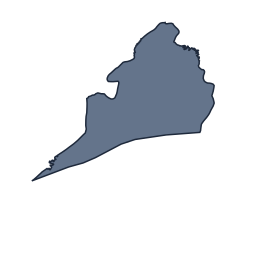 outline of Phonhong, Vientiane, Laos, rotated 225°
{"feature_id": "54806243B58411592743301", "entity_name": "Phonhong", "entity_type": "district", "adm_level": 2, "iso_a3": "LAO", "parent_name": "Laos", "parent_adm1": "Vientiane", "projection": "equal_earth", "projection_center": [102.429, 18.485], "detail": "fine", "context": "isolated", "style": "filled", "palette": "slate", "viewbox_px": 256, "rotation_deg": 225, "n_neighbors": 0, "source": "geoboundaries", "source_scale": "gbopen_adm2", "svg_char_len": 5671}
<svg xmlns="http://www.w3.org/2000/svg" viewBox="0 0 256 256"><g transform="rotate(225 128 128)"><path d="M74.1,175.7L74.8,177.4L76.4,179.4L78.3,181.9L78.9,182.9L79.5,186.5L79.9,191.2L80.5,194.8L81.1,196.8L82.0,199.2L83.3,203.7L84.6,206.4L85.3,207.0L88.4,208.9L91.5,210.1L93.8,214.3L96.0,217.5L97.1,218.9L98.6,219.2L100.2,218.6L101.9,217.5L103.6,216.0L105.8,215.2L107.6,215.2L109.9,216.3L111.7,218.4L112.7,220.6L113.6,221.9L114.8,222.5L116.1,222.4L117.2,221.4L118.6,221.2L120.8,221.1L121.4,221.3L122.5,222.1L122.6,222.7L122.7,223.0L123.1,223.7L123.5,224.2L124.5,225.1L125.0,226.0L125.5,226.0L126.1,226.1L126.4,226.2L126.6,226.4L126.8,226.9L126.9,227.3L127.0,227.6L127.3,227.8L127.4,228.1L127.5,228.3L127.8,228.4L127.8,228.2L128.0,228.0L128.0,227.7L128.2,227.3L128.6,227.6L128.9,228.0L129.2,228.0L129.8,227.8L130.5,227.7L130.7,227.8L130.7,228.0L130.5,228.4L130.3,228.9L130.1,229.0L130.0,229.4L130.0,229.7L130.1,230.0L130.5,229.9L130.8,229.9L131.0,230.2L131.2,230.3L131.6,230.6L131.7,230.9L131.9,231.0L132.1,231.0L132.2,230.7L132.2,230.3L132.3,229.6L132.6,229.0L133.1,229.5L133.2,230.1L133.2,231.0L132.9,231.9L133.0,232.1L133.1,232.6L133.6,232.5L133.8,232.2L133.8,231.3L133.9,231.0L133.9,230.3L134.3,230.2L134.8,231.1L135.2,230.9L135.4,230.7L135.9,230.0L136.1,229.9L136.3,230.0L136.3,230.4L136.1,231.3L136.4,231.3L136.9,231.2L137.2,231.2L137.6,231.1L137.8,230.9L137.9,230.5L137.9,230.2L137.7,230.1L137.6,229.8L137.7,229.7L138.0,229.8L138.1,229.7L138.5,229.6L139.1,229.8L139.4,229.9L139.6,229.7L139.6,229.0L139.8,228.7L139.7,228.4L139.7,228.2L139.9,228.1L139.9,227.9L139.6,227.1L139.6,226.5L139.8,226.1L140.0,226.0L140.2,226.3L140.3,227.0L140.8,227.8L141.0,228.0L141.3,228.1L141.6,227.9L141.9,227.7L142.4,227.0L142.6,226.9L142.8,227.0L142.8,227.3L142.7,227.6L142.8,228.0L143.0,228.2L143.3,228.2L143.6,228.1L143.8,227.8L143.6,226.9L143.3,226.2L143.1,226.0L142.9,225.5L142.8,225.1L143.1,224.6L143.3,224.0L143.6,223.4L143.8,223.3L144.0,223.3L144.2,223.9L144.0,224.9L144.2,225.2L144.6,225.2L145.3,225.0L145.4,224.2L145.7,223.9L145.8,223.8L146.1,223.9L146.2,224.4L146.3,225.0L146.2,225.4L145.7,225.6L145.4,225.6L145.0,225.7L145.0,226.1L145.4,226.5L145.8,226.5L146.2,226.4L146.7,225.7L147.1,225.3L147.8,224.1L148.3,223.6L148.9,223.3L149.7,222.6L150.5,222.5L151.8,221.7L153.2,221.5L155.3,221.7L155.9,221.2L156.7,221.5L157.2,222.9L158.2,225.1L158.8,226.9L159.0,228.4L159.1,230.7L159.8,232.0L160.7,232.6L162.6,233.0L163.7,233.0L166.3,232.9L168.3,233.0L170.0,233.4L171.4,232.7L173.0,230.9L174.1,229.3L174.9,228.6L175.5,228.4L176.4,228.9L176.9,228.0L177.8,227.2L178.9,225.6L179.3,224.6L179.4,222.9L179.2,220.0L178.9,217.9L179.1,215.4L180.1,211.8L180.8,208.2L181.2,204.6L181.3,202.0L181.3,201.1L181.9,200.4L181.5,199.9L181.4,199.9L181.3,199.5L181.2,199.4L181.0,199.2L181.2,198.6L181.2,198.4L180.7,198.3L180.7,197.6L180.6,197.2L180.9,196.7L180.5,196.4L180.4,196.1L180.5,196.0L180.7,195.8L180.7,195.5L180.8,195.2L180.9,194.7L180.9,194.4L181.1,194.0L181.1,193.8L181.0,193.7L180.8,193.8L180.6,194.0L180.6,194.3L180.4,194.3L180.4,194.1L180.5,193.8L180.5,193.6L180.3,193.3L180.3,193.2L180.6,193.0L180.6,192.9L180.7,192.6L180.7,192.3L180.5,191.7L180.3,191.5L180.1,191.2L179.9,190.8L179.9,190.0L179.5,189.1L179.0,188.1L178.7,187.7L178.1,187.4L177.7,187.3L177.8,187.1L177.7,187.0L177.5,186.9L177.2,186.9L176.9,186.6L176.6,186.4L176.4,186.4L176.5,186.0L176.6,185.7L176.7,185.4L176.4,185.4L176.3,184.9L176.1,184.8L175.8,184.9L175.6,184.6L175.3,184.4L175.2,184.3L175.2,184.1L175.1,183.8L175.1,183.7L174.9,183.6L174.3,183.3L174.2,183.1L173.8,182.9L173.5,182.6L173.3,182.2L173.2,182.2L172.9,181.6L172.9,180.9L173.2,179.7L174.1,177.0L175.4,174.6L177.0,172.6L177.6,171.5L177.9,170.8L177.9,169.5L177.9,165.3L177.9,164.1L178.1,163.2L178.3,162.6L178.5,162.2L178.7,160.7L178.9,155.2L179.1,152.8L179.0,151.2L178.7,150.3L178.0,148.6L177.2,147.7L176.0,147.1L174.8,147.0L173.3,148.3L171.5,150.0L168.1,154.0L166.9,153.9L165.8,152.7L163.2,148.6L161.4,146.1L160.2,144.1L158.6,140.0L159.0,138.4L159.6,137.4L160.6,136.5L163.2,135.6L164.9,135.3L166.5,135.2L168.7,135.4L169.8,134.6L171.0,133.4L174.1,131.5L175.0,129.5L175.0,128.4L175.5,127.0L176.0,126.6L176.3,126.2L176.7,125.3L176.9,124.4L177.3,123.6L178.0,122.3L177.6,121.2L178.0,119.7L174.5,116.6L171.7,113.7L168.0,109.7L165.7,106.4L163.2,103.6L159.6,99.9L156.7,97.7L154.7,94.3L154.8,91.9L154.8,88.8L154.8,87.6L154.8,83.9L154.9,82.3L155.2,78.3L156.0,73.0L156.3,70.8L156.5,69.2L157.6,63.3L157.8,62.6L158.0,61.5L158.2,60.4L158.4,59.6L158.5,59.0L158.6,58.5L158.0,58.4L157.7,58.2L157.7,57.9L157.9,57.7L158.3,57.5L158.7,57.2L159.0,56.8L159.1,56.2L159.0,55.6L158.8,55.2L158.5,54.9L158.2,54.8L157.2,54.9L156.9,54.9L156.8,54.7L156.9,54.3L157.1,54.1L157.3,53.8L157.4,53.4L157.4,53.1L157.4,52.9L157.0,52.5L156.8,52.3L156.8,52.0L156.8,51.7L157.0,51.5L157.1,51.4L158.2,51.9L158.5,51.9L158.8,51.5L158.7,50.7L158.7,50.3L158.8,49.8L158.9,49.6L159.1,49.5L159.3,49.4L159.8,49.3L159.9,49.2L159.9,48.9L159.3,48.0L159.2,47.9L158.8,47.9L158.7,48.0L158.4,48.6L158.1,48.7L157.6,48.4L157.4,48.4L157.2,48.5L156.9,48.7L155.9,49.5L155.4,49.7L155.2,49.8L155.0,49.7L154.9,49.6L154.9,49.4L154.9,49.1L154.9,48.8L155.1,48.4L155.2,48.0L155.4,47.8L155.6,47.5L156.0,47.2L156.4,47.0L156.6,46.9L156.7,46.7L156.3,46.4L156.0,46.4L155.7,46.5L155.4,46.5L155.0,46.5L154.7,46.5L154.4,46.4L154.2,46.2L154.0,45.7L154.0,45.1L153.5,43.9L153.6,43.5L153.6,43.3L153.8,43.2L154.1,43.2L154.4,43.2L154.9,43.6L155.1,43.7L155.3,43.6L155.3,43.2L155.3,42.9L155.3,42.6L155.4,42.4L155.5,42.2L156.0,42.2L156.6,42.1L157.7,36.1L157.7,33.8L157.8,32.2L157.9,28.7L158.2,24.7L158.6,22.6L142.4,58.5L135.0,71.6L130.1,84.0L121.5,111.7L114.9,124.9L96.2,150.0L74.1,175.7Z" fill="#64748b" stroke="#1e293b" stroke-width="1.5"/></g></svg>